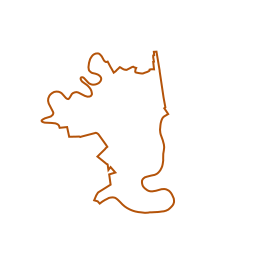 the district of Kien An, Hải Phòng, Vietnam, rotated 127°
{"feature_id": "81297802B17638458778811", "entity_name": "Kien An", "entity_type": "district", "adm_level": 2, "iso_a3": "VNM", "parent_name": "Vietnam", "parent_adm1": "Hải Phòng", "projection": "robinson", "projection_center": [106.638, 20.806], "detail": "fine", "context": "isolated", "style": "outline", "palette": "amber", "viewbox_px": 256, "rotation_deg": 127, "n_neighbors": 0, "source": "geoboundaries", "source_scale": "gbopen_adm2", "svg_char_len": 3855}
<svg xmlns="http://www.w3.org/2000/svg" viewBox="0 0 256 256"><g transform="rotate(127 128 128)"><path d="M92.7,104.3L91.9,106.5L90.4,110.9L89.0,110.6L82.2,118.0L69.4,131.0L63.6,136.9L63.0,137.4L49.9,151.2L51.6,153.2L54.1,150.9L54.9,151.5L56.4,150.4L59.4,147.2L60.0,147.7L65.5,142.5L66.4,143.9L67.6,145.3L68.4,145.9L69.2,145.4L69.8,145.5L71.5,146.3L74.0,148.0L75.2,148.7L76.0,149.5L77.0,151.2L78.0,153.1L78.1,153.4L78.7,154.6L79.0,155.5L78.5,156.3L76.8,157.2L75.1,157.6L75.8,159.4L75.9,160.7L76.7,161.3L77.0,161.5L78.3,162.1L79.4,162.6L80.8,163.3L82.1,163.9L82.6,164.3L82.8,164.9L83.1,165.1L83.5,166.0L83.8,166.9L84.0,168.2L84.1,169.7L84.2,170.8L84.4,171.2L86.0,171.4L88.2,171.8L90.1,172.0L92.4,172.7L90.6,176.7L89.8,178.7L87.2,184.2L88.2,184.9L88.6,185.4L88.7,186.0L88.7,186.7L88.6,187.7L86.6,192.1L86.2,194.0L86.1,194.8L86.1,195.5L86.2,196.2L86.6,197.0L87.9,198.5L88.7,199.0L89.4,199.4L90.5,199.8L91.7,200.0L92.8,200.0L94.2,199.9L95.8,199.7L99.5,198.3L102.3,196.7L103.2,196.2L104.1,195.3L104.9,194.5L105.4,193.8L105.6,193.1L105.7,192.3L105.8,191.1L105.7,190.3L105.6,189.7L104.2,186.6L103.6,184.7L103.4,183.6L103.4,182.1L103.6,181.0L104.1,179.8L104.7,179.1L105.5,178.6L106.8,178.2L108.2,178.2L109.3,178.3L111.0,179.0L112.7,180.1L113.7,181.1L114.6,182.2L115.2,183.4L115.6,184.9L115.8,186.0L115.6,187.6L114.6,193.1L114.6,194.0L114.8,194.8L115.2,195.3L115.7,195.8L116.6,195.8L117.3,195.4L118.0,194.2L118.5,192.7L118.5,191.0L118.4,186.7L118.6,184.8L119.0,182.9L119.6,181.1L120.5,179.5L121.5,178.3L122.5,177.3L122.6,177.2L123.4,177.0L124.5,176.9L125.5,177.3L126.3,177.9L127.4,179.3L128.3,181.7L129.6,189.1L130.3,190.7L131.5,191.9L133.1,192.9L134.7,193.3L137.9,192.9L140.0,192.8L140.8,193.1L141.2,193.8L141.4,194.7L141.4,195.8L140.6,199.6L140.2,201.9L140.3,203.4L140.8,205.2L142.0,207.1L143.7,208.7L145.7,209.6L147.7,210.1L149.4,210.2L152.3,209.5L154.4,208.2L156.2,206.0L159.8,198.5L160.3,197.5L160.9,196.7L161.3,196.5L161.7,196.3L162.5,196.1L163.1,196.1L165.3,196.6L170.3,200.2L172.5,201.2L173.8,201.5L174.3,201.3L174.6,200.6L174.5,199.5L173.8,197.7L170.1,192.3L168.0,188.8L167.5,187.1L167.4,185.7L167.7,184.5L169.0,182.7L163.9,177.2L170.4,169.7L165.0,162.8L164.3,162.0L164.0,161.4L164.0,160.8L163.7,160.6L162.5,159.7L152.0,151.4L151.2,150.8L150.9,149.9L150.8,149.2L150.8,148.5L150.8,147.9L151.7,145.0L154.7,135.4L155.5,133.2L157.8,133.7L158.5,133.6L165.6,134.7L169.2,135.2L169.6,123.4L169.3,122.6L169.4,122.3L173.3,118.4L169.8,118.4L169.7,118.4L171.2,111.3L176.4,115.1L181.3,110.2L183.7,107.8L190.5,110.4L197.0,112.9L197.7,113.1L200.9,112.8L206.1,111.5L204.8,108.1L205.4,105.1L202.2,104.2L199.4,103.1L197.4,102.1L195.4,101.2L194.1,100.1L192.7,98.6L192.0,97.4L191.5,96.2L191.4,95.0L191.4,93.4L191.8,90.1L192.4,86.4L192.5,84.9L192.6,83.6L192.5,81.0L192.2,78.8L191.9,77.2L191.5,75.6L191.0,73.9L190.2,71.8L188.9,69.1L187.8,67.3L185.6,63.5L184.7,62.4L183.4,60.9L182.3,59.9L181.4,58.7L180.9,58.1L178.7,55.5L177.4,53.9L175.7,52.1L174.4,50.8L173.3,49.6L172.3,48.7L171.8,48.4L171.2,47.9L168.9,46.7L166.7,46.2L164.6,45.9L163.0,45.8L161.7,45.9L160.5,46.3L159.8,46.5L158.7,47.2L157.7,48.1L156.8,49.0L156.1,50.2L155.4,51.5L154.7,52.8L154.0,54.6L153.6,56.4L153.5,57.7L153.7,59.0L154.0,60.5L154.6,61.8L155.5,63.0L156.7,64.4L161.3,67.9L164.1,70.6L165.0,71.9L165.6,73.1L165.9,74.1L166.1,75.3L166.1,76.8L166.1,78.0L165.9,79.4L165.6,80.7L165.0,81.9L163.9,83.3L162.7,84.4L161.4,85.2L159.9,85.4L158.6,85.2L157.2,84.8L155.5,83.6L152.1,80.9L149.5,78.6L148.3,77.9L146.7,77.2L145.1,76.9L143.7,76.8L143.4,76.8L142.2,76.8L140.5,77.1L140.3,77.1L138.2,77.6L136.3,78.4L134.8,79.2L132.8,80.3L131.0,81.7L127.4,84.3L124.7,85.7L122.8,86.8L121.5,87.6L119.5,89.5L118.5,90.8L116.9,92.8L113.5,98.0L112.4,99.3L110.1,101.4L108.3,102.5L106.4,103.7L104.6,104.7L102.7,105.5L101.2,106.0L100.7,106.1L99.9,106.3L98.6,106.4L97.0,106.1L92.7,104.3Z" fill="none" stroke="#b45309" stroke-width="2"/></g></svg>